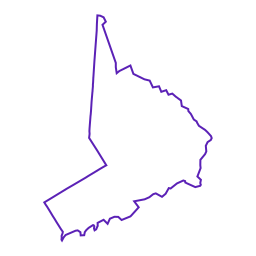 Fairfield, Connecticut, United States of America (Equal Earth projection)
{"feature_id": "52423323B86318670912748", "entity_name": "Fairfield", "entity_type": "district", "adm_level": 2, "iso_a3": "USA", "parent_name": "United States of America", "parent_adm1": "Connecticut", "projection": "equal_earth", "projection_center": [-73.42, 41.326], "detail": "fine", "context": "isolated", "style": "outline", "palette": "violet", "viewbox_px": 256, "rotation_deg": 0, "n_neighbors": 0, "source": "geoboundaries", "source_scale": "gbopen_adm2", "svg_char_len": 1867}
<svg xmlns="http://www.w3.org/2000/svg" viewBox="0 0 256 256"><path d="M90.7,114.5L90.5,116.1L89.6,127.7L89.4,131.1L89.6,133.9L89.1,137.9L97.3,150.7L101.3,157.2L106.3,165.3L105.7,165.6L102.9,167.2L99.5,169.2L98.2,170.0L88.1,176.1L85.6,177.7L73.0,185.1L68.5,187.7L66.6,188.8L52.4,197.5L44.3,202.4L45.7,204.7L47.1,206.7L49.8,211.1L52.8,216.1L54.6,218.9L56.4,221.9L58.8,225.7L60.8,228.9L62.6,231.5L62.8,231.8L62.6,233.2L61.6,235.9L61.7,237.9L61.5,239.7L62.0,240.5L63.7,237.3L65.6,235.0L75.6,230.7L77.7,230.4L80.4,232.2L80.7,235.4L84.2,235.2L84.8,232.1L86.2,230.2L88.5,228.0L88.9,227.7L91.9,225.8L93.0,225.1L93.6,225.2L94.3,226.2L94.0,228.5L94.6,230.3L96.2,229.3L97.1,227.1L97.7,225.9L97.6,222.9L103.0,220.1L103.6,219.8L107.6,223.8L109.9,218.7L114.4,216.8L115.3,216.8L118.3,216.9L119.1,217.7L121.6,220.0L130.4,216.4L131.3,215.5L138.7,207.3L134.2,201.3L141.0,200.0L144.7,199.3L149.4,197.2L149.5,197.1L152.8,194.5L153.4,194.1L155.8,193.4L162.0,196.8L165.6,193.8L168.8,188.1L170.6,188.5L172.6,186.9L177.0,183.4L181.6,181.3L183.3,180.5L185.1,181.1L185.3,182.5L186.7,183.2L195.3,187.1L200.2,185.8L200.8,184.8L200.4,183.7L200.3,182.8L200.9,179.8L197.4,176.5L200.6,168.1L200.3,165.1L200.4,159.8L205.1,154.1L206.3,151.4L205.8,145.8L207.6,142.1L210.8,140.0L211.7,138.1L211.0,136.1L207.4,132.1L205.2,130.0L198.9,125.8L197.1,122.7L196.6,121.4L193.8,119.5L190.9,114.0L188.4,111.1L188.2,109.0L181.8,106.1L181.0,100.5L175.7,96.6L172.3,93.6L168.5,94.7L166.2,90.2L161.3,91.8L159.0,86.3L152.9,87.4L149.7,80.6L144.4,79.3L133.4,73.9L130.4,65.5L119.4,71.0L116.7,73.2L115.8,67.2L115.8,62.9L102.5,24.8L105.8,21.7L103.6,17.3L100.2,15.7L97.4,15.4L96.9,23.8L96.7,30.8L94.4,61.4L93.4,77.0L93.4,77.3L93.3,77.6L93.3,78.0L93.3,78.3L93.1,82.4L92.9,84.5L92.9,85.0L92.9,85.8L92.9,86.4L92.6,89.8L92.5,91.5L92.4,92.2L91.6,101.4L91.0,111.0L90.7,114.5Z" fill="none" stroke="#5b21b6" stroke-width="2"/></svg>